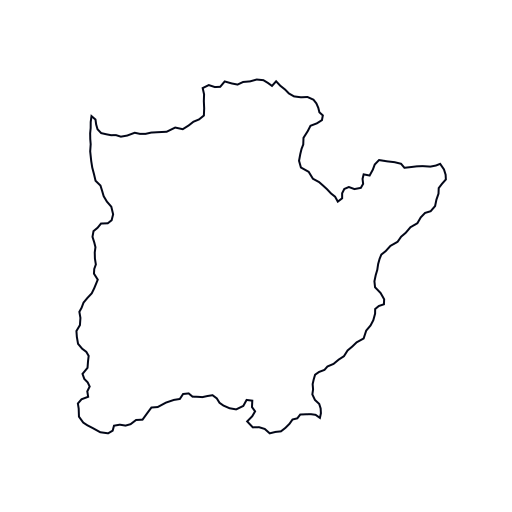 Barra Longa, Minas Gerais, Brazil (Albers equal-area conic projection), rotated 261°
{"feature_id": "56859067B7967554775924", "entity_name": "Barra Longa", "entity_type": "district", "adm_level": 2, "iso_a3": "BRA", "parent_name": "Brazil", "parent_adm1": "Minas Gerais", "projection": "albers", "projection_center": [-43.064, -20.29], "detail": "fine", "context": "isolated", "style": "outline", "palette": "ink", "viewbox_px": 512, "rotation_deg": 261, "n_neighbors": 0, "source": "geoboundaries", "source_scale": "gbopen_adm2", "svg_char_len": 3150}
<svg xmlns="http://www.w3.org/2000/svg" viewBox="0 0 512 512"><g transform="rotate(261 256 256)"><path d="M318.2,452.3L317.2,447.8L317.0,442.2L318.7,434.7L319.4,428.9L319.6,423.1L319.9,416.4L324.4,413.7L327.0,407.5L328.9,400.6L331.5,392.5L327.8,387.6L323.0,384.9L317.7,380.8L319.8,375.1L315.5,373.3L310.5,373.1L306.9,370.2L306.7,363.7L309.6,358.5L308.4,353.7L304.5,350.9L299.5,350.1L296.9,345.3L302.2,343.4L306.0,339.9L311.0,336.5L315.0,333.3L319.1,329.9L323.4,324.3L330.9,321.2L336.4,314.2L343.3,313.4L349.8,315.7L354.8,317.8L358.7,320.1L365.3,321.4L371.2,326.6L376.1,330.2L377.5,336.9L379.9,342.4L384.4,344.0L388.0,341.1L392.6,340.7L397.3,339.5L401.4,337.2L405.0,331.7L405.7,325.3L407.7,318.5L411.4,313.9L415.8,310.8L420.4,306.6L425.4,303.2L421.5,298.4L425.1,294.8L428.5,290.8L430.2,284.3L429.4,277.5L429.9,270.5L428.2,264.6L430.2,259.1L433.3,252.4L428.7,247.1L429.3,241.8L432.2,236.1L430.2,229.6L423.8,230.0L417.1,228.7L409.9,227.9L402.9,226.5L399.8,221.1L398.4,215.2L395.5,210.0L392.7,203.5L395.5,196.3L392.7,187.2L393.6,178.7L394.3,171.8L393.9,165.9L394.8,160.4L396.7,155.5L395.1,147.6L395.0,141.2L397.3,136.6L398.0,131.7L399.6,127.3L401.6,122.3L406.0,119.3L410.9,118.7L415.9,118.8L419.9,115.4L414.2,113.7L408.2,112.7L403.2,111.4L397.5,110.6L392.2,110.2L385.3,108.6L375.6,108.1L369.0,108.1L362.0,108.8L355.4,109.3L349.9,113.4L344.4,114.2L338.9,114.9L333.1,117.2L327.3,120.8L319.5,121.4L313.9,119.0L311.5,114.7L312.3,108.0L308.7,104.0L306.0,99.4L300.5,97.5L294.5,98.4L289.8,98.8L284.8,97.3L278.7,96.5L272.7,96.5L268.5,94.2L263.9,93.2L257.4,96.0L253.6,93.7L249.5,91.2L244.8,87.9L241.1,83.1L237.0,78.4L232.1,75.6L228.5,72.8L222.3,72.9L215.3,71.3L210.0,66.9L204.1,66.4L197.1,66.5L191.6,69.8L187.9,73.4L183.5,75.1L178.6,73.7L171.9,72.1L166.7,66.2L161.4,67.2L157.5,70.0L153.1,71.3L148.7,68.2L143.2,68.2L141.8,61.3L138.2,57.0L133.0,57.0L125.0,56.0L118.5,59.3L115.2,62.9L111.6,67.8L106.3,74.6L104.0,82.2L105.9,87.1L110.6,89.2L110.7,95.1L108.9,100.6L109.5,105.8L112.8,111.9L112.1,118.3L117.9,124.1L122.7,129.0L122.2,135.3L125.3,144.2L126.7,152.4L126.7,158.4L131.1,162.4L130.8,168.0L127.0,171.3L126.1,176.2L125.0,181.0L125.3,186.1L125.3,191.3L121.5,195.0L116.7,197.0L113.4,200.4L109.8,206.0L107.6,212.4L109.9,220.0L115.3,224.2L113.7,229.7L107.4,228.4L102.7,230.8L98.3,227.2L94.0,221.4L87.3,226.0L86.4,232.3L83.8,237.6L78.7,241.8L79.2,247.8L78.9,253.2L81.6,258.1L85.0,262.8L88.8,266.5L89.2,271.4L92.5,274.9L91.9,280.2L91.2,285.4L89.8,290.0L86.1,293.8L90.5,295.5L95.3,296.0L100.0,295.3L104.6,291.7L110.5,290.0L115.3,291.5L120.6,291.9L125.1,293.7L129.5,295.8L131.6,300.1L132.8,305.8L135.7,309.3L137.3,315.7L140.8,321.6L143.3,327.2L148.4,331.7L151.5,336.9L155.0,341.9L157.7,349.4L165.1,353.2L169.5,358.3L174.2,361.8L180.4,364.6L185.0,365.4L187.4,369.5L188.3,374.8L193.2,375.8L199.9,373.3L206.5,368.7L212.5,369.0L218.5,371.3L223.3,373.6L229.0,375.4L233.8,377.6L237.8,380.0L240.5,384.8L245.0,390.4L247.9,398.1L252.4,402.4L255.5,407.5L260.3,413.1L263.1,420.5L268.4,424.8L272.1,429.7L272.9,435.5L277.3,440.7L283.4,443.0L289.0,446.0L294.5,447.1L298.2,451.0L301.9,455.5L306.6,456.0L312.1,455.2L318.2,452.3Z" fill="none" stroke="#020617" stroke-width="2"/></g></svg>